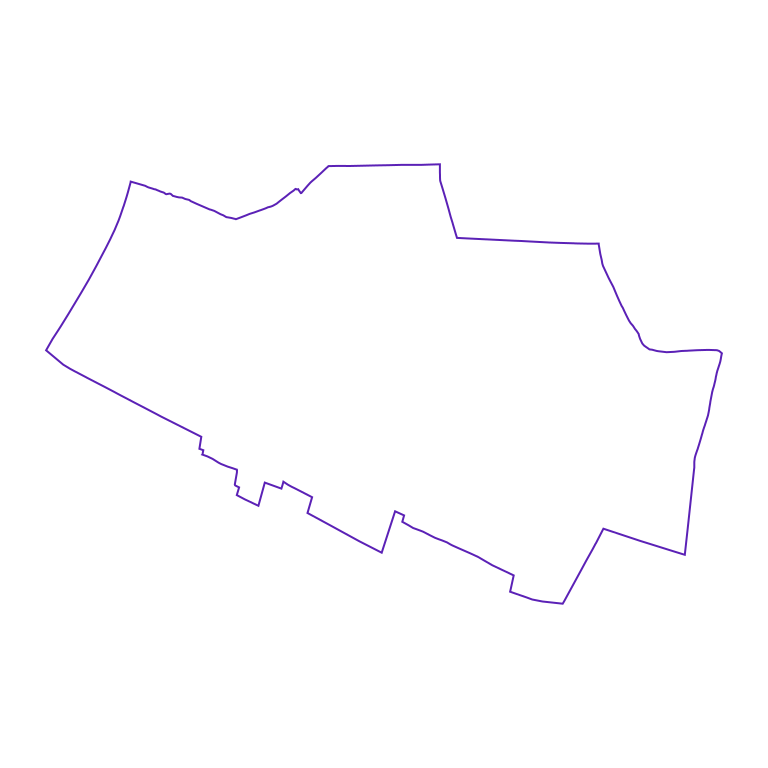 Bang Na, Bangkok Metropolis, Thailand
{"feature_id": "78962969B90575155663708", "entity_name": "Bang Na", "entity_type": "district", "adm_level": 2, "iso_a3": "THA", "parent_name": "Thailand", "parent_adm1": "Bangkok Metropolis", "projection": "equal_earth", "projection_center": [100.623, 13.666], "detail": "fine", "context": "isolated", "style": "outline", "palette": "violet", "viewbox_px": 768, "rotation_deg": 0, "n_neighbors": 0, "source": "geoboundaries", "source_scale": "gbopen_adm2", "svg_char_len": 5307}
<svg xmlns="http://www.w3.org/2000/svg" viewBox="0 0 768 768"><path d="M598.7,243.6L590.2,243.7L579.8,243.5L575.2,243.4L573.9,243.3L560.1,242.9L549.2,242.5L528.4,241.4L521.4,241.0L513.9,240.7L487.4,239.4L485.1,239.3L470.7,238.6L457.0,237.9L456.0,234.7L452.8,223.8L452.6,223.0L450.7,216.9L448.4,208.4L445.5,198.3L442.5,188.3L440.4,181.5L440.2,180.7L440.1,179.7L440.0,177.2L440.0,175.0L439.9,172.5L439.9,164.3L429.0,164.6L420.4,164.9L416.7,164.9L415.0,164.9L400.5,164.9L388.3,165.2L376.5,165.4L363.2,165.7L349.5,166.0L338.6,165.9L328.9,166.1L328.5,166.1L328.4,166.3L326.8,167.7L326.4,168.0L320.8,173.3L315.7,178.0L311.7,181.4L310.3,182.7L307.5,185.8L302.8,191.3L301.4,193.0L301.0,193.1L300.8,193.1L299.9,191.8L298.9,190.4L298.2,189.2L297.6,189.4L296.7,189.4L296.2,189.1L295.7,188.9L295.4,189.0L293.6,190.6L290.1,193.0L285.8,196.5L282.0,199.4L278.8,201.9L276.6,203.7L273.0,205.7L272.1,206.1L271.3,206.4L271.1,206.5L270.2,206.7L270.1,206.8L269.9,206.8L269.7,206.9L267.9,207.3L265.5,208.4L265.4,208.4L263.6,209.1L263.3,209.2L261.1,210.0L260.3,210.3L259.8,210.4L259.6,210.5L254.4,212.4L249.6,213.9L246.2,215.3L241.0,217.3L235.9,219.2L235.5,219.0L235.2,218.9L234.6,218.8L231.0,217.9L227.5,217.3L226.7,217.2L226.1,217.0L223.3,215.3L220.5,214.2L219.2,213.5L214.3,210.9L210.5,209.6L209.8,209.5L196.6,203.8L190.5,201.0L189.5,200.1L188.7,199.8L185.3,199.0L182.1,197.6L179.0,197.4L176.6,196.9L175.6,196.6L173.4,196.0L173.0,195.9L172.9,195.9L171.3,194.4L170.7,193.9L170.1,193.7L169.7,193.6L169.0,193.7L167.4,194.0L166.5,194.2L165.9,194.1L165.7,194.0L164.1,192.8L163.9,192.7L163.6,192.5L162.8,192.3L160.4,191.5L159.5,191.1L158.6,190.7L157.8,190.4L156.1,189.7L155.9,189.5L155.6,189.4L154.2,189.2L153.0,188.8L152.9,188.7L152.5,188.6L150.8,188.1L148.8,187.5L148.2,187.3L146.9,186.7L145.2,185.8L130.7,181.6L130.5,182.8L129.2,187.5L127.9,192.3L126.5,197.1L123.6,206.3L123.4,206.7L120.2,216.1L118.5,220.7L116.6,225.2L114.6,230.0L112.4,234.6L110.2,239.3L105.6,248.4L104.0,251.4L96.1,266.4L88.8,279.7L81.2,292.7L68.4,314.0L60.6,326.6L57.9,330.8L52.6,338.9L46.1,350.3L63.3,364.7L70.1,368.8L75.1,371.5L77.5,372.7L77.8,372.9L86.2,377.3L86.7,377.6L97.7,383.3L104.3,386.7L114.2,391.9L116.4,393.1L120.9,395.5L125.9,398.1L133.3,402.0L138.5,404.7L146.0,408.6L156.7,414.2L161.0,416.5L201.3,436.8L199.4,448.8L203.3,450.2L203.1,451.2L202.5,454.5L202.4,454.6L207.4,456.4L212.6,458.9L217.8,462.2L218.8,462.8L221.1,464.0L223.9,465.1L227.6,466.6L232.6,468.2L236.6,469.6L236.8,469.6L236.9,469.8L237.0,470.0L236.9,472.6L234.8,484.5L235.0,485.0L235.1,485.3L235.5,485.6L239.1,487.4L236.8,495.1L244.9,499.4L258.4,505.8L264.8,482.6L281.4,488.6L282.2,486.0L282.6,484.7L283.3,482.1L283.4,481.7L287.9,484.7L290.6,486.2L291.9,486.9L294.6,488.2L312.1,497.2L307.5,513.0L328.7,524.5L359.4,541.3L381.7,552.7L395.1,511.3L404.1,515.4L402.3,521.8L406.1,523.9L408.8,525.4L413.1,528.0L416.2,529.1L420.8,530.8L423.1,531.7L430.2,535.4L435.0,537.8L438.9,539.3L442.0,540.4L447.0,542.4L450.2,544.3L452.3,545.4L458.1,548.0L470.2,553.3L478.0,556.9L483.8,560.3L492.2,565.2L513.7,575.4L510.9,588.3L510.1,591.7L514.9,593.4L526.8,597.5L532.2,599.5L542.5,601.5L562.7,603.7L564.3,601.0L581.3,569.8L586.1,560.9L592.7,549.1L595.0,544.8L595.1,544.5L596.0,543.1L603.4,528.7L634.8,539.1L640.2,540.9L650.8,544.2L673.8,551.4L684.8,554.8L687.8,527.6L694.1,469.1L694.2,468.6L694.2,468.2L694.3,467.7L694.3,467.3L694.3,466.7L694.3,466.2L694.3,464.0L694.3,463.2L694.3,462.1L694.4,461.0L694.5,460.1L694.6,459.6L694.7,458.6L694.8,457.8L694.9,457.5L695.0,457.0L695.1,456.6L695.4,455.6L695.5,455.2L695.8,454.3L696.1,453.4L697.2,450.2L697.5,449.5L697.7,448.9L698.1,447.5L698.4,446.6L699.0,444.7L700.5,439.7L701.4,436.6L701.8,435.1L702.5,432.8L702.8,431.5L703.1,430.5L703.4,429.5L703.6,429.0L703.8,428.3L703.9,428.0L704.9,425.2L705.3,423.8L705.6,422.9L706.3,420.8L706.4,420.4L706.7,419.5L707.0,418.5L707.4,417.4L707.6,416.6L707.9,415.8L708.0,415.4L708.1,414.9L708.2,414.4L708.3,413.9L708.5,412.9L708.6,412.5L708.9,410.9L709.2,409.3L709.3,408.2L710.2,403.0L710.3,402.0L710.5,400.9L711.0,398.3L711.8,394.1L712.1,392.5L712.3,391.5L712.5,391.0L712.6,390.4L712.8,389.7L712.9,389.3L713.4,387.7L713.7,386.9L713.8,386.4L714.1,385.4L714.3,384.4L714.8,382.4L715.3,380.3L715.5,379.3L715.6,378.8L715.9,376.8L716.3,375.2L716.6,373.7L716.8,372.7L717.0,372.2L717.2,371.2L717.7,369.7L718.2,368.2L719.1,365.4L719.6,363.9L719.9,362.9L720.0,362.4L720.1,362.2L720.2,361.9L720.3,361.4L720.4,361.0L720.6,360.0L720.8,359.0L721.2,356.5L721.4,355.5L721.5,355.0L721.6,354.5L721.6,354.4L721.7,354.1L721.8,353.7L721.9,353.3L721.5,353.0L720.4,352.0L719.0,350.9L716.9,350.2L708.4,349.9L697.3,350.2L687.9,350.7L687.0,350.8L685.9,350.8L685.6,350.8L685.0,350.9L683.8,350.9L681.4,351.0L674.5,351.8L666.6,352.2L658.2,351.2L656.5,350.9L652.1,349.7L649.5,349.4L647.4,347.9L647.1,347.7L646.2,347.1L644.1,345.6L642.3,343.5L640.1,338.9L639.7,337.7L639.0,335.6L638.9,335.0L638.8,334.8L638.7,334.0L638.5,333.7L638.4,333.6L637.7,332.5L637.6,332.4L637.1,331.6L635.8,329.9L635.6,329.7L635.3,329.3L635.1,329.1L633.7,326.9L632.9,325.7L630.6,323.1L630.5,322.9L629.0,320.6L626.4,315.5L624.2,310.9L622.8,307.8L622.3,307.0L621.6,305.9L619.4,301.2L617.5,296.9L617.1,296.0L615.0,291.0L613.3,286.9L610.6,281.8L608.5,277.7L603.0,265.9L602.3,263.6L601.7,260.0L600.3,254.0L598.7,244.3L598.7,243.6Z" fill="none" stroke="#5b21b6" stroke-width="2"/></svg>